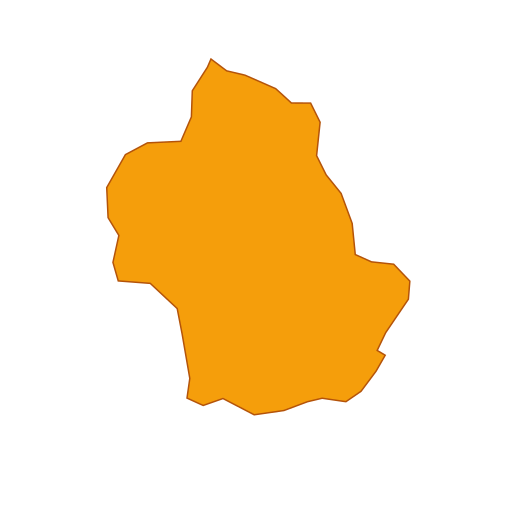 outline of Fagersta, Västmanland, Sweden, rotated 37°
{"feature_id": "70781695B50955826038578", "entity_name": "Fagersta", "entity_type": "district", "adm_level": 2, "iso_a3": "SWE", "parent_name": "Sweden", "parent_adm1": "Västmanland", "projection": "albers", "projection_center": [15.915, 59.966], "detail": "fine", "context": "isolated", "style": "filled", "palette": "amber", "viewbox_px": 512, "rotation_deg": 37, "n_neighbors": 0, "source": "geoboundaries", "source_scale": "gbopen_adm2", "svg_char_len": 731}
<svg xmlns="http://www.w3.org/2000/svg" viewBox="0 0 512 512"><g transform="rotate(37 256 256)"><path d="M90.7,253.6L95.6,291.2L114.8,314.4L134.1,322.1L145.6,347.2L161.0,358.8L188.0,341.5L224.7,345.4L244.0,362.8L276.8,393.6L286.4,411.0L300.0,408.0L303.8,407.1L315.4,389.7L350.1,383.9L371.3,362.6L384.8,341.4L394.4,329.8L413.2,319.5L415.5,318.2L421.3,300.8L421.2,275.8L418.9,257.5L409.6,258.5L405.7,239.2L403.7,198.8L394.0,183.5L370.9,179.7L351.7,191.2L334.4,195.1L313.2,172.1L286.3,154.8L263.2,149.0L244.0,139.4L226.7,110.6L207.6,101.0L192.2,112.5L171.1,110.5L138.4,118.2L121.1,125.8L101.5,125.8L103.6,134.5L105.7,162.4L120.7,183.8L127.0,209.6L101.2,231.0L90.7,253.6Z" fill="#f59e0b" stroke="#b45309" stroke-width="1.5"/></g></svg>